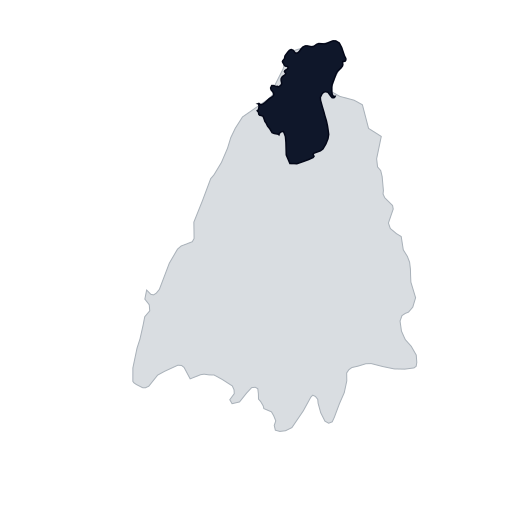 Bosnia and Herzegovina, with Una-Sana highlighted, rotated 70°
{"feature_id": "BIH-2225", "entity_name": "Una-Sana", "entity_type": "Canton", "adm_level": 1, "iso_a3": "BIH", "parent_name": "Bosnia and Herzegovina", "parent_adm1": "", "projection": "robinson", "projection_center": [16.171, 44.785], "detail": "fine", "context": "in_parent", "style": "filled", "palette": "ink", "viewbox_px": 512, "rotation_deg": 70, "n_neighbors": 0, "source": "natural_earth", "source_scale": "10m", "svg_char_len": 3842}
<svg xmlns="http://www.w3.org/2000/svg" viewBox="0 0 512 512"><g transform="rotate(70 256 256)"><path d="M414.4,143.2L415.2,145.8L413.2,154.9L409.4,164.7L403.1,174.9L396.5,184.5L394.8,189.6L394.4,197.7L393.6,204.1L394.6,207.6L396.9,210.8L404.4,213.4L414.6,219.8L423.3,228.1L434.4,237.6L437.9,241.1L438.0,244.9L434.8,247.7L425.4,248.8L415.6,248.0L411.8,247.0L408.3,248.2L406.2,250.3L407.4,252.8L417.6,264.4L429.5,280.9L430.3,288.0L429.0,293.6L426.3,297.4L421.4,296.8L417.7,293.8L412.1,294.0L407.7,294.8L402.1,300.8L399.3,300.5L394.4,301.4L391.3,302.6L386.4,300.9L381.3,299.7L379.1,301.6L378.2,305.1L381.4,311.4L387.5,321.4L386.6,329.0L382.1,329.8L377.9,323.5L374.2,322.4L370.0,322.7L360.4,330.0L353.4,336.2L351.8,340.5L349.3,345.2L348.6,348.6L348.9,359.9L336.1,361.7L333.4,363.4L331.9,366.8L333.1,381.4L334.3,389.2L341.7,401.3L342.0,405.1L341.0,407.6L335.8,412.4L333.4,414.1L331.7,414.6L323.2,411.5L319.1,410.0L301.9,399.3L294.3,393.4L282.3,385.7L275.0,381.3L271.2,374.6L265.3,373.0L258.5,375.2L250.6,370.4L256.1,367.9L257.5,365.5L256.8,362.4L254.3,358.2L233.1,339.9L222.7,327.4L221.0,322.9L220.8,311.0L218.4,308.2L202.9,302.8L185.6,287.3L167.8,272.1L165.4,267.8L156.2,256.4L145.0,245.9L136.1,239.2L128.8,231.7L120.7,221.1L116.5,205.1L112.8,190.8L110.3,185.3L105.2,183.3L89.4,166.5L75.9,156.7L76.1,146.1L78.3,128.4L80.8,108.6L84.1,105.9L90.2,104.4L97.2,104.9L103.3,107.4L115.4,120.9L122.3,126.2L128.1,128.3L134.8,122.5L143.1,110.6L150.3,104.3L174.6,106.6L186.5,97.4L205.9,109.4L213.9,111.3L218.4,109.6L224.5,110.3L238.1,113.9L241.2,115.4L245.3,115.1L255.3,110.4L258.8,111.0L270.3,120.3L276.1,120.4L283.0,116.4L287.4,112.9L300.6,115.5L308.2,113.9L314.4,113.8L321.2,115.4L327.5,117.5L333.5,119.4L349.8,120.3L357.7,126.2L360.9,131.9L361.0,135.4L361.9,139.2L366.4,142.9L376.3,145.0L382.4,144.6L385.7,144.3L394.0,141.0L403.9,139.3L411.0,141.3L414.4,143.2Z" fill="#d9dde1" stroke="#a8b0b8" stroke-width="1"/><path d="M130.3,129.1L132.5,128.6L133.0,127.0L133.4,127.4L133.9,128.2L133.8,129.1L133.3,130.3L131.2,131.1L126.7,132.4L125.3,134.6L125.3,136.6L126.2,138.5L128.9,141.3L131.8,142.1L138.0,142.6L144.6,143.0L147.5,143.3L153.0,143.6L158.1,144.3L161.6,145.0L166.6,146.1L170.5,148.3L174.6,152.0L178.3,156.5L179.2,159.5L179.2,164.2L179.2,166.2L179.8,167.6L182.2,167.4L183.0,168.7L183.4,173.6L183.4,179.4L183.3,186.1L182.4,188.1L181.5,190.5L180.7,192.5L176.6,192.7L171.4,193.0L166.0,191.2L159.4,189.0L153.8,187.5L150.1,187.5L148.3,187.6L147.9,190.0L148.7,192.0L150.0,193.0L149.2,193.4L147.1,197.0L145.6,198.7L141.0,199.6L137.9,200.7L134.7,201.0L132.6,201.6L129.2,201.5L127.0,201.6L125.6,203.3L125.0,204.4L123.9,204.9L121.5,204.5L120.5,205.0L119.9,205.2L119.6,204.1L118.6,203.2L116.7,202.1L115.0,201.7L113.9,201.7L113.6,202.1L113.6,201.1L114.2,200.7L115.0,200.2L115.6,199.4L115.6,197.6L115.0,195.3L112.6,189.6L112.2,187.3L111.5,185.2L110.4,184.0L108.5,183.7L105.0,185.0L103.1,184.8L101.2,182.9L101.9,181.1L103.5,179.3L103.9,177.8L104.7,177.4L104.8,177.3L104.5,175.7L104.0,174.3L103.3,173.2L102.1,172.7L99.8,172.4L98.6,172.0L97.7,171.5L96.4,169.8L95.7,166.9L94.7,165.6L94.0,165.6L93.2,166.0L92.5,166.2L91.7,165.5L91.4,164.5L91.2,163.3L90.8,162.2L90.2,161.5L89.0,161.5L88.3,162.2L87.8,163.2L87.1,163.9L86.3,164.2L84.7,164.3L83.8,164.6L82.4,164.7L81.6,164.0L81.0,162.8L80.2,161.7L78.0,160.4L77.5,159.8L75.2,156.3L74.1,154.2L74.0,152.3L75.4,150.7L77.3,150.1L78.9,149.5L79.4,147.4L78.5,145.2L77.0,143.1L75.7,140.7L75.4,137.8L75.7,136.9L76.2,135.7L78.5,132.1L78.9,130.1L77.8,126.6L77.8,124.4L80.0,119.4L80.4,117.6L80.1,110.8L80.2,109.9L81.2,107.4L82.2,106.6L84.3,104.9L89.3,104.2L98.3,104.4L100.4,104.1L101.5,104.1L102.6,104.6L103.4,105.6L103.3,106.6L103.0,107.5L102.9,108.0L103.7,108.5L105.8,108.9L107.0,109.7L108.4,111.8L110.4,116.3L112.0,118.2L120.6,125.6L123.2,127.1L126.8,128.4L130.3,129.1Z" fill="#0f172a" stroke="#020617" stroke-width="1.5"/></g></svg>